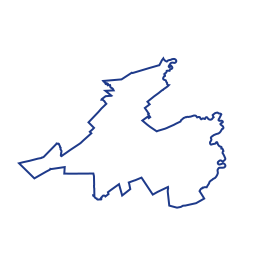 Dumbrava, Prahova, Romania (Mercator projection), rotated 189°
{"feature_id": "2599482B20295036954451", "entity_name": "Dumbrava", "entity_type": "district", "adm_level": 2, "iso_a3": "ROU", "parent_name": "Romania", "parent_adm1": "Prahova", "projection": "mercator", "projection_center": [26.217, 44.861], "detail": "fine", "context": "isolated", "style": "outline", "palette": "blue", "viewbox_px": 256, "rotation_deg": 189, "n_neighbors": 0, "source": "geoboundaries", "source_scale": "gbopen_adm2", "svg_char_len": 5648}
<svg xmlns="http://www.w3.org/2000/svg" viewBox="0 0 256 256"><g transform="rotate(189 128 128)"><path d="M104.0,202.3L105.2,200.0L105.9,197.7L106.9,194.9L107.9,194.5L116.7,190.4L132.1,183.0L132.9,183.2L142.0,175.0L159.8,170.6L159.7,170.5L159.5,170.2L158.7,169.9L158.1,169.2L157.2,169.1L157.1,168.8L157.1,168.3L157.0,168.1L156.4,168.1L156.4,167.9L156.2,167.9L156.1,168.0L156.0,168.6L155.9,168.8L155.7,168.8L155.7,168.3L155.6,168.2L155.3,168.4L155.1,168.3L155.0,167.6L154.8,167.4L154.8,167.2L154.7,167.1L154.4,167.4L154.2,167.4L154.1,167.6L153.9,167.3L153.3,167.3L152.5,167.6L152.1,166.8L152.0,166.0L151.9,165.8L151.2,165.2L150.8,165.1L150.4,164.9L149.8,164.8L148.9,164.1L148.7,163.9L148.4,163.3L148.1,162.9L156.1,161.2L149.4,157.3L149.7,157.1L150.6,157.0L155.1,155.9L158.5,152.3L158.6,151.8L157.5,152.0L155.4,150.7L154.5,149.6L153.2,148.5L157.3,143.1L159.8,139.1L165.8,130.4L167.9,127.4L161.6,122.8L162.5,121.5L165.1,118.3L163.4,117.0L170.1,108.8L172.4,105.8L173.4,104.8L181.8,97.1L186.0,93.0L187.0,92.1L189.3,89.8L189.8,90.0L190.0,90.2L189.9,90.9L190.1,91.3L189.9,92.0L190.2,92.6L190.0,93.8L190.1,94.9L191.4,96.6L191.4,97.9L191.5,98.1L192.1,98.4L192.2,98.6L192.2,98.9L192.6,99.7L193.3,100.6L193.7,101.4L193.9,101.5L194.2,101.6L194.4,101.4L194.8,101.6L195.1,101.4L195.5,101.4L196.1,101.5L196.2,101.1L206.7,86.3L207.5,85.7L208.4,85.4L208.6,85.0L209.5,84.6L212.3,83.6L220.3,80.1L226.5,77.7L230.1,76.1L212.6,63.6L202.0,72.1L199.3,74.1L198.5,74.7L198.3,75.1L198.3,75.3L198.3,75.5L197.7,75.5L197.2,75.5L184.4,79.5L183.8,73.0L177.6,73.9L155.1,77.6L154.1,75.2L152.5,66.3L152.6,66.0L152.1,63.5L151.9,63.2L150.7,56.3L151.9,56.1L151.8,55.8L151.7,55.6L150.7,55.2L150.5,54.9L149.3,53.8L148.5,53.5L148.0,53.5L147.9,53.3L147.5,52.9L147.0,52.6L146.7,52.6L145.4,52.8L144.7,53.2L143.9,53.1L143.3,53.3L143.2,53.6L143.3,54.0L143.8,54.2L143.7,54.7L143.5,55.2L143.1,55.6L142.4,56.8L142.0,57.3L141.3,57.5L140.7,57.5L139.9,57.3L139.6,56.9L136.9,59.7L137.8,61.4L135.1,64.2L128.1,71.1L123.2,60.4L116.2,68.0L118.1,73.1L118.7,74.3L114.0,76.9L112.6,77.6L106.9,81.1L93.1,66.1L88.8,69.5L79.3,76.0L78.9,74.6L79.0,72.9L78.9,72.4L78.8,71.4L75.1,57.8L68.3,57.1L67.1,57.0L63.5,58.3L61.6,59.8L60.5,60.1L59.4,60.3L49.0,64.4L41.7,70.2L42.9,71.7L47.4,76.8L47.1,77.1L47.1,77.7L47.0,78.2L46.4,79.3L44.9,80.7L44.7,80.5L44.5,80.8L43.1,81.5L41.0,81.8L40.4,83.5L39.5,85.4L39.3,86.0L39.2,86.8L39.1,87.3L38.8,87.9L38.0,88.9L36.6,90.2L36.1,90.9L34.2,92.3L33.7,93.1L33.3,93.7L32.6,95.5L32.3,96.8L32.2,97.6L32.9,100.0L32.9,101.0L32.3,102.3L31.9,102.8L31.2,103.1L28.2,103.6L27.2,103.9L26.8,104.1L26.2,104.8L26.0,105.1L25.9,105.9L26.0,106.3L26.5,107.1L27.0,107.5L27.9,107.9L28.6,107.9L29.1,107.7L30.6,106.8L31.8,106.3L32.1,106.2L32.8,106.3L33.2,106.5L33.7,107.1L33.8,107.4L33.9,107.8L33.8,108.5L33.1,109.4L32.5,110.0L32.1,110.3L31.6,110.4L31.3,110.5L30.7,110.3L29.5,109.8L28.9,109.9L27.5,111.5L27.1,112.2L27.1,112.6L27.1,112.9L27.3,113.4L28.2,114.8L28.9,115.9L29.9,117.2L30.7,118.1L30.7,119.0L30.6,119.7L30.5,120.0L30.2,120.2L30.5,120.9L31.4,122.2L31.6,122.3L32.6,122.3L32.7,122.8L32.6,123.4L32.6,123.6L32.7,123.8L33.4,124.1L34.7,124.2L35.7,124.9L36.6,125.9L37.5,127.5L37.9,127.9L38.4,127.8L38.8,127.4L39.0,126.6L39.4,126.2L40.2,125.9L42.1,125.2L43.0,124.7L43.5,124.6L44.1,125.0L44.3,125.2L44.5,125.6L44.7,126.4L44.7,126.9L44.1,128.2L43.8,129.3L43.8,129.6L44.1,130.3L44.4,130.7L44.6,131.2L44.6,131.6L44.4,132.0L43.7,132.9L43.0,133.5L42.5,134.1L42.0,134.5L39.9,135.8L37.9,136.7L37.1,137.4L36.6,138.0L36.0,139.0L35.6,140.0L35.0,141.6L34.8,141.8L34.4,141.9L34.1,142.2L33.8,142.8L33.8,143.2L33.9,143.5L34.4,144.3L34.7,144.6L37.0,145.9L37.3,146.2L37.3,146.4L37.3,146.7L36.9,147.2L35.8,148.0L35.3,148.6L35.3,148.9L35.6,149.4L36.2,149.7L36.6,149.8L37.5,149.7L38.6,149.4L39.2,149.5L39.6,149.7L39.8,149.9L39.8,150.8L39.2,152.1L38.0,156.1L38.3,156.4L38.9,156.6L40.5,156.6L41.0,156.7L41.6,157.1L42.2,157.2L43.3,156.8L44.3,156.3L45.9,154.6L46.2,154.3L46.4,154.0L46.2,153.5L45.3,152.3L45.1,152.0L45.2,151.9L45.8,151.2L46.1,150.5L46.6,149.8L47.3,149.3L47.9,149.1L48.8,149.1L49.4,149.2L50.2,149.6L51.5,150.8L51.9,151.0L52.2,150.9L52.7,150.7L53.1,150.1L53.4,149.0L53.9,148.9L55.0,149.2L55.6,149.2L56.1,148.9L56.7,148.2L57.1,148.1L57.5,148.4L57.9,148.7L58.4,149.4L58.5,149.7L59.2,150.0L60.2,149.9L61.0,149.4L61.4,149.3L62.6,150.5L63.0,150.7L63.5,150.8L64.9,150.6L68.0,149.0L69.2,148.7L69.8,148.4L71.3,148.3L72.0,147.8L72.6,147.8L73.7,147.1L74.1,146.8L74.4,146.7L74.6,146.6L75.8,145.1L76.8,144.0L77.0,143.3L77.1,142.7L77.3,142.5L81.1,139.9L83.2,138.3L88.3,135.0L89.3,134.3L91.3,133.1L97.8,130.0L99.1,129.2L106.6,132.7L109.7,134.4L115.0,137.6L110.3,142.3L109.0,141.0L107.8,142.2L110.3,144.8L109.7,145.4L114.5,150.4L110.3,154.8L112.9,157.0L107.2,163.3L103.2,167.3L100.7,170.1L99.9,170.9L99.5,171.0L99.4,171.3L98.7,172.1L96.8,173.9L95.4,175.3L94.4,176.7L95.2,176.7L95.7,177.0L96.3,177.6L96.4,178.6L96.6,178.9L97.2,179.3L98.0,180.7L98.1,180.9L98.8,181.1L100.0,181.3L100.6,181.6L101.0,182.1L101.1,182.8L100.8,183.7L100.5,184.7L100.4,184.8L99.6,185.2L99.6,185.4L100.1,186.6L100.3,186.9L100.5,187.0L100.2,187.3L99.8,188.0L99.3,188.3L99.1,188.5L98.7,189.6L98.7,190.5L98.3,190.6L97.6,190.9L95.9,191.0L95.6,192.6L94.4,193.1L94.0,193.4L93.7,193.9L93.6,194.4L93.9,195.1L95.2,196.3L95.5,196.3L95.7,196.2L96.2,195.1L96.2,194.7L96.4,194.6L96.9,194.5L97.2,194.8L97.4,195.0L97.4,195.4L97.3,195.8L96.1,198.5L95.5,199.1L95.1,199.3L94.0,199.6L92.5,199.5L91.7,199.8L91.3,200.2L90.9,200.8L90.8,201.2L90.8,201.8L91.1,202.4L91.7,203.0L92.7,203.4L93.5,203.4L95.2,202.9L96.7,201.9L97.8,201.6L98.2,201.4L99.2,200.8L99.9,199.8L100.3,199.7L101.7,200.2L102.6,200.8L103.5,201.5L104.0,202.3Z" fill="none" stroke="#1e3a8a" stroke-width="2"/></g></svg>